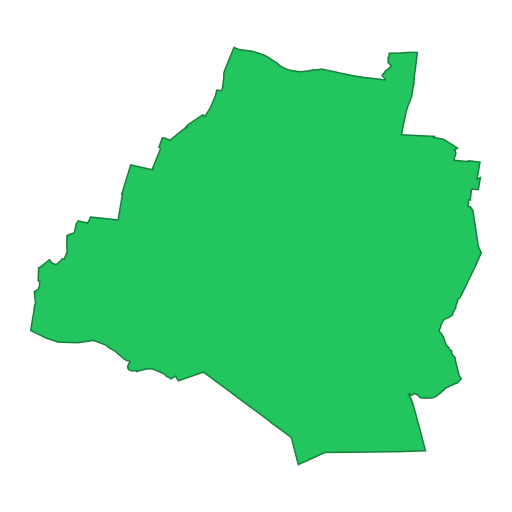 Oldenzaal, Overijssel, Netherlands
{"feature_id": "6326949B73980764078064", "entity_name": "Oldenzaal", "entity_type": "district", "adm_level": 2, "iso_a3": "NLD", "parent_name": "Netherlands", "parent_adm1": "Overijssel", "projection": "albers", "projection_center": [6.914, 52.308], "detail": "fine", "context": "isolated", "style": "filled", "palette": "green", "viewbox_px": 512, "rotation_deg": 0, "n_neighbors": 0, "source": "geoboundaries", "source_scale": "gbopen_adm2", "svg_char_len": 5850}
<svg xmlns="http://www.w3.org/2000/svg" viewBox="0 0 512 512"><path d="M425.6,450.7L425.4,450.3L425.1,449.2L423.6,443.6L422.7,440.2L421.4,435.2L420.0,429.7L418.5,424.4L417.4,420.5L416.1,415.5L412.6,402.9L412.3,402.9L412.0,401.7L411.1,398.7L410.2,397.5L410.3,397.3L409.4,396.0L408.3,394.2L410.1,393.9L410.7,395.0L411.2,395.5L414.4,393.6L416.6,394.4L417.7,395.0L418.5,395.9L419.5,397.0L420.8,397.7L422.2,398.1L423.7,398.0L425.7,397.7L425.6,398.2L427.3,398.0L431.6,398.0L432.8,397.7L434.9,396.9L435.9,396.4L438.9,394.0L439.1,394.0L440.6,392.8L445.0,388.8L446.1,388.0L450.0,386.0L451.9,385.1L453.8,384.3L455.1,383.8L455.1,383.6L455.6,383.4L456.8,383.2L457.2,382.9L458.0,382.3L458.7,381.7L461.3,378.7L459.2,375.5L458.9,374.5L454.8,358.1L455.2,357.7L454.4,357.0L453.2,355.7L451.8,353.5L451.6,350.8L450.0,350.0L449.4,349.4L449.3,349.0L448.6,347.1L447.9,347.2L447.6,346.8L446.0,344.1L445.0,341.8L444.7,340.6L444.7,340.2L444.3,340.0L444.3,339.8L444.1,339.0L443.3,336.5L442.9,336.0L442.5,335.5L441.6,334.1L440.5,332.6L440.1,332.2L439.8,331.7L439.2,330.9L439.0,330.5L439.4,329.4L440.2,328.2L440.6,327.4L440.7,326.2L441.7,323.4L442.2,322.3L442.8,321.3L443.3,320.5L444.0,319.8L445.4,318.7L447.3,318.1L448.2,317.7L450.2,316.7L450.8,316.2L452.5,314.8L452.9,313.9L453.0,313.0L453.5,311.6L455.1,309.0L455.8,307.6L455.7,306.9L455.9,306.3L456.0,305.0L457.3,302.5L458.1,298.9L460.1,297.5L464.4,288.8L465.5,286.5L472.6,271.8L474.2,268.5L475.9,265.0L481.3,252.7L480.2,250.5L479.8,249.7L479.3,248.8L478.8,248.1L478.5,247.7L478.8,247.4L478.5,247.2L478.4,246.5L478.2,245.9L477.5,240.7L477.2,238.9L476.9,236.8L476.3,233.2L476.1,231.6L475.5,227.7L474.6,221.7L474.0,217.9L473.6,214.9L472.9,210.9L472.8,210.5L472.5,210.0L470.8,207.5L470.5,207.1L470.4,206.9L470.1,206.8L467.9,206.4L468.1,205.3L468.0,205.0L468.2,204.9L468.7,200.2L468.7,199.8L469.7,199.8L470.4,200.0L470.5,198.2L471.5,189.5L472.2,189.2L478.3,189.6L478.8,186.7L479.0,185.3L480.4,177.5L478.9,178.3L477.7,178.8L477.0,178.9L480.0,162.1L473.9,161.4L468.3,160.7L468.1,161.6L462.4,161.1L454.1,160.2L454.2,158.8L454.5,157.6L454.9,156.7L455.3,155.8L455.5,154.4L455.9,153.2L455.3,151.0L455.0,150.3L454.7,150.4L454.4,149.6L456.1,148.9L457.1,148.4L457.5,148.2L455.8,147.0L443.5,139.2L433.6,137.6L434.5,136.4L401.4,134.8L402.6,128.9L404.3,120.0L404.7,119.2L405.8,112.9L407.5,107.2L408.5,104.7L411.6,96.7L413.4,85.2L413.7,85.2L414.0,83.3L413.5,83.2L413.8,81.5L414.2,78.2L414.6,74.1L414.6,73.8L414.8,72.8L415.0,71.8L417.3,52.5L409.7,52.3L399.7,53.1L397.5,53.1L389.3,53.2L388.9,57.0L388.6,57.3L388.3,57.3L388.1,61.9L388.0,62.4L388.6,62.8L389.0,63.6L389.5,63.8L389.9,64.4L390.2,64.6L390.6,64.8L391.1,65.7L391.2,65.9L389.1,68.3L385.8,70.7L382.1,75.5L385.4,79.2L384.7,80.0L383.0,79.7L381.2,79.4L370.0,78.1L364.5,77.5L361.0,77.0L355.8,76.2L353.5,75.8L344.8,74.0L343.7,73.8L340.3,73.1L336.0,72.1L321.6,69.1L321.2,69.1L320.7,69.1L320.3,69.2L319.7,69.4L319.4,69.6L318.0,69.6L315.2,69.8L312.9,70.1L312.6,69.6L312.3,69.8L312.0,70.1L311.2,70.4L309.9,70.6L307.5,71.0L304.1,71.4L302.1,71.6L300.0,71.7L298.8,71.7L288.7,70.0L287.8,69.7L285.7,68.8L284.4,68.2L283.0,67.5L281.7,66.8L280.5,66.0L277.7,64.1L277.8,63.5L277.4,63.3L276.1,62.5L274.7,61.9L274.7,61.7L267.9,57.2L266.6,56.4L266.3,56.2L265.9,56.0L264.2,55.3L261.7,54.4L257.4,52.8L253.7,51.7L251.0,51.1L248.3,50.7L245.9,50.4L244.6,50.3L241.5,49.9L238.6,49.4L237.8,49.1L235.4,48.0L234.0,47.4L228.7,60.5L224.9,69.8L224.4,71.2L224.0,72.7L223.8,74.1L223.8,76.0L223.7,78.7L223.6,79.4L223.2,82.5L222.5,88.1L221.8,90.4L221.7,90.5L221.3,90.7L216.7,90.1L216.5,90.9L216.7,91.0L215.7,94.7L215.2,96.2L214.6,97.8L212.1,103.7L211.4,105.5L210.5,107.4L209.4,109.4L204.9,116.4L204.9,116.5L204.7,116.6L202.8,114.8L194.9,120.1L188.8,124.2L188.4,124.4L185.6,127.4L186.5,127.6L183.5,129.3L172.6,138.1L170.0,140.2L169.9,140.1L163.3,137.7L163.2,137.5L163.2,137.4L162.8,138.3L162.2,138.1L160.4,143.1L160.1,144.1L159.4,146.2L159.0,147.3L159.7,147.5L160.5,148.8L154.8,162.9L152.4,168.9L153.1,169.1L152.7,169.8L139.0,166.8L130.7,164.9L121.8,194.1L122.5,194.1L118.1,220.0L112.9,219.4L90.5,217.0L90.4,217.0L89.1,220.6L88.9,221.0L88.6,221.4L87.6,222.5L87.9,222.7L87.5,223.2L86.2,222.7L78.3,220.9L77.5,222.1L76.5,223.3L76.2,224.0L74.6,231.8L74.2,232.8L73.5,233.2L71.5,233.7L66.9,235.6L67.0,238.1L66.8,244.3L67.0,249.2L67.2,252.0L64.3,258.9L64.4,259.2L63.6,259.1L62.2,258.7L61.8,259.6L56.9,264.2L56.7,264.4L56.4,264.3L55.8,264.4L54.5,264.1L53.4,263.8L52.7,263.5L52.3,263.2L51.9,262.9L50.3,260.9L49.6,259.7L40.4,267.0L39.7,267.4L39.2,267.6L38.6,267.7L38.2,280.9L39.7,281.0L39.4,285.9L39.2,286.9L38.1,289.3L37.0,290.1L35.9,290.8L34.4,291.5L34.5,292.8L34.4,292.8L34.9,297.4L35.5,302.6L34.6,305.8L34.3,307.4L34.0,309.1L34.1,310.5L34.0,310.9L32.4,320.0L30.7,330.2L30.9,330.6L46.3,338.1L58.1,342.1L58.4,341.9L59.1,342.0L59.3,342.2L78.3,342.7L80.2,342.4L92.4,340.6L93.6,340.6L95.1,340.9L97.4,341.9L106.1,345.1L108.3,347.3L115.1,351.2L124.9,359.6L127.3,360.6L127.6,360.7L127.8,360.7L128.3,360.6L128.9,360.4L130.3,362.4L128.8,363.3L128.6,364.3L127.9,365.7L127.8,366.3L127.6,366.7L127.7,367.3L128.1,367.4L128.1,367.8L127.9,368.4L128.2,368.7L128.6,369.3L129.0,369.4L129.5,370.0L130.8,370.6L131.5,370.7L132.7,371.0L133.1,370.8L133.9,370.7L136.9,370.9L136.8,371.5L138.7,370.9L145.5,369.2L147.3,368.9L148.9,368.8L150.6,368.7L151.6,369.0L153.6,369.4L155.2,370.0L158.5,371.4L162.1,372.9L163.7,373.8L165.3,374.9L166.5,376.4L170.1,377.9L170.3,377.8L171.0,378.9L175.5,376.1L178.4,380.8L203.4,372.1L207.7,375.2L215.4,381.0L219.3,383.8L227.1,389.6L229.7,391.5L230.6,392.1L233.2,394.2L235.5,395.9L240.1,399.3L241.7,400.5L243.9,402.2L249.7,406.5L251.9,408.0L265.1,417.8L268.5,420.4L270.8,422.1L270.8,422.5L280.0,429.1L290.6,436.9L291.5,438.0L296.3,456.9L298.3,464.6L314.6,457.2L321.4,454.0L324.0,452.9L325.0,452.4L330.1,452.4L354.6,452.2L378.0,451.9L397.2,451.7L412.1,451.2L425.6,450.7Z" fill="#22c55e" stroke="#15803d" stroke-width="1.5"/></svg>